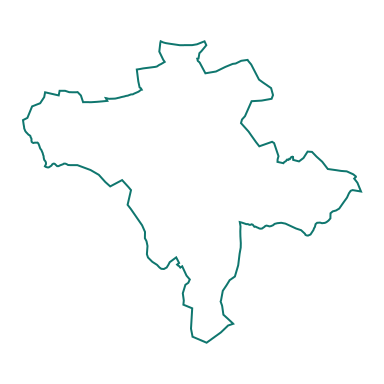 outline of Dawakin Kudu, Kano, Nigeria
{"feature_id": "59680162B24430291126178", "entity_name": "Dawakin Kudu", "entity_type": "district", "adm_level": 2, "iso_a3": "NGA", "parent_name": "Nigeria", "parent_adm1": "Kano", "projection": "orthographic", "projection_center": [8.658, 11.798], "detail": "fine", "context": "isolated", "style": "outline", "palette": "teal", "viewbox_px": 384, "rotation_deg": 0, "n_neighbors": 0, "source": "geoboundaries", "source_scale": "gbopen_adm2", "svg_char_len": 4362}
<svg xmlns="http://www.w3.org/2000/svg" viewBox="0 0 384 384"><path d="M146.5,241.2L147.5,246.0L146.9,254.2L148.0,257.5L152.3,261.8L157.1,264.9L159.5,267.5L161.3,268.8L163.9,269.0L166.7,267.5L168.5,264.6L169.7,262.2L176.2,257.4L179.1,263.0L177.1,264.6L178.0,265.5L178.7,265.8L178.9,266.0L179.2,266.2L180.3,267.6L182.2,266.3L186.5,275.6L189.8,279.5L188.3,282.8L185.4,284.8L182.8,293.3L183.8,300.5L183.4,304.7L192.2,308.3L191.0,328.7L192.5,336.4L192.5,336.7L206.6,342.7L220.9,332.4L228.1,325.5L233.2,323.8L232.4,322.9L232.1,322.7L227.6,318.5L223.4,314.7L222.2,306.3L222.0,305.4L220.6,301.5L221.0,300.5L222.8,290.8L226.5,285.3L229.1,281.1L229.6,280.2L234.9,276.5L238.2,265.3L239.6,253.8L240.7,247.6L240.8,243.1L240.4,236.3L240.3,231.2L240.4,228.6L240.5,226.3L239.8,222.1L242.1,222.7L244.2,223.4L246.2,224.1L247.8,224.1L249.4,224.8L250.5,224.8L251.6,224.3L252.7,224.7L253.7,225.9L254.4,226.8L255.5,226.6L256.8,227.3L258.3,227.9L259.4,228.5L260.8,228.7L262.1,228.5L263.3,227.6L264.4,226.9L265.3,226.0L266.5,225.6L267.9,225.9L269.4,226.4L271.0,226.1L273.1,225.2L274.6,223.9L277.3,223.2L281.2,222.8L285.4,223.6L290.6,226.0L296.0,228.5L301.1,230.2L304.9,233.7L305.5,234.9L306.6,235.4L308.0,235.6L310.5,234.5L313.4,230.1L314.0,228.4L314.9,226.9L315.6,224.1L317.1,222.8L320.0,222.6L322.0,223.2L324.8,222.9L326.4,222.2L328.5,220.6L330.4,218.4L330.5,213.3L332.7,211.4L336.0,210.5L339.2,208.6L343.6,202.3L347.0,197.6L349.0,193.2L350.7,190.8L352.6,190.1L361.0,191.5L357.4,182.7L354.2,178.6L355.9,176.9L355.9,176.5L353.5,174.5L352.8,174.1L349.9,172.8L348.0,171.9L346.8,171.4L346.3,171.3L344.4,171.2L340.9,170.9L336.4,170.2L327.8,169.0L322.2,161.7L316.6,156.7L312.0,151.9L307.6,151.6L303.5,158.0L299.8,160.8L299.0,161.4L293.2,159.9L293.0,156.9L292.4,156.7L291.9,156.9L291.4,157.0L291.1,157.3L290.9,157.5L290.7,158.0L290.5,158.3L290.4,158.4L290.2,158.7L290.0,159.0L289.3,158.8L289.0,159.2L288.8,159.2L288.5,159.4L288.5,159.5L288.4,159.5L288.1,159.5L287.9,159.6L287.7,159.6L287.8,159.9L287.6,159.9L286.9,159.8L286.6,160.1L286.4,160.3L286.2,160.8L285.9,161.1L285.5,161.4L284.9,161.7L284.4,162.0L284.0,162.4L283.6,162.9L283.4,163.2L277.5,161.9L277.6,159.5L277.7,159.0L278.5,156.2L274.1,143.1L272.7,142.2L272.1,141.8L259.3,146.3L256.0,142.1L251.6,135.9L248.6,131.6L241.0,123.1L242.0,119.5L245.0,116.2L251.6,101.2L261.6,100.6L271.6,98.8L273.0,95.1L271.1,88.1L262.7,82.3L259.0,79.6L251.2,64.5L248.2,60.9L247.6,59.9L241.2,60.8L235.7,63.5L232.7,63.9L225.4,66.9L216.0,71.5L205.4,73.3L199.7,62.6L198.7,61.6L198.4,61.4L198.1,61.2L197.8,60.8L197.7,60.6L197.6,60.1L197.5,59.6L197.5,59.2L197.3,58.7L198.1,58.6L198.5,58.5L199.4,53.2L201.4,51.2L203.3,48.9L205.2,46.6L206.3,45.2L204.5,41.3L197.0,44.3L192.3,45.1L179.8,45.2L168.8,43.6L165.7,43.1L163.2,42.4L160.7,41.3L160.3,42.9L159.3,51.6L163.2,59.7L164.7,61.9L160.8,64.2L159.4,64.8L156.9,66.5L155.1,66.9L143.2,68.4L139.5,69.1L136.8,69.5L138.3,81.4L139.6,87.4L141.0,88.4L141.7,89.7L141.1,89.8L140.3,90.3L139.5,91.0L138.5,91.7L135.3,93.1L133.9,93.7L133.1,94.2L132.8,94.3L132.0,94.4L131.1,94.4L128.9,95.2L127.7,95.7L127.4,95.7L126.1,95.9L124.1,96.5L122.6,96.8L120.9,97.2L119.2,97.7L118.1,97.9L117.0,98.2L115.1,98.6L112.6,98.7L109.2,98.8L108.3,98.7L106.4,98.2L105.8,98.1L107.3,100.9L97.5,101.8L91.2,102.2L84.4,102.1L83.1,102.2L80.9,95.5L77.6,92.1L75.8,92.3L69.3,92.2L66.6,91.3L65.1,90.8L59.6,90.8L58.7,95.4L58.2,95.3L45.1,92.3L44.2,97.1L40.2,103.2L32.1,106.4L31.0,109.1L27.4,117.9L23.0,120.1L23.6,124.3L24.1,127.1L24.2,128.4L24.7,129.6L25.3,131.1L25.9,131.9L26.3,132.4L27.2,133.3L28.5,134.7L29.6,135.3L30.4,136.1L30.7,137.4L31.4,138.5L31.5,139.8L31.4,140.3L31.7,141.9L32.4,142.5L33.3,143.0L34.6,142.7L36.1,142.7L37.5,142.6L38.3,143.4L38.5,143.9L38.8,144.5L39.2,145.5L39.6,146.7L39.9,147.7L40.4,148.8L41.3,149.9L41.9,151.3L42.7,153.1L43.1,154.8L43.6,156.1L43.7,157.6L44.2,159.8L44.6,160.3L45.3,161.2L45.8,162.1L46.0,163.2L45.9,164.4L45.6,165.0L45.2,165.6L44.9,166.3L45.7,166.8L46.0,167.0L47.5,167.4L48.7,167.4L49.5,166.9L51.3,165.7L51.6,165.4L52.2,164.4L53.3,163.7L54.3,163.7L55.2,164.2L55.5,164.6L57.1,166.1L58.6,166.1L59.6,165.6L60.4,165.2L61.5,164.8L62.3,164.5L63.1,164.2L64.0,163.6L65.6,163.7L67.1,164.4L68.1,165.0L70.0,165.1L77.3,165.1L90.5,170.0L98.8,174.8L105.3,182.0L110.2,186.4L122.1,180.1L128.4,187.0L131.0,190.1L127.6,204.8L130.9,209.1L142.1,225.3L145.0,231.9L144.9,238.2L146.5,241.2Z" fill="none" stroke="#0f766e" stroke-width="2"/></svg>